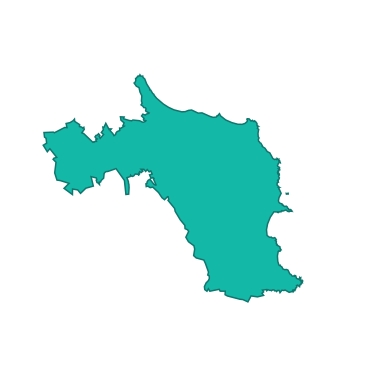 outline of Overberg, Western Cape, South Africa, rotated 229°
{"feature_id": "47623444B61406186088349", "entity_name": "Overberg", "entity_type": "district", "adm_level": 2, "iso_a3": "ZAF", "parent_name": "South Africa", "parent_adm1": "Western Cape", "projection": "orthographic", "projection_center": [19.752, -34.228], "detail": "fine", "context": "isolated", "style": "filled", "palette": "teal", "viewbox_px": 384, "rotation_deg": 229, "n_neighbors": 0, "source": "geoboundaries", "source_scale": "gbopen_adm2", "svg_char_len": 6060}
<svg xmlns="http://www.w3.org/2000/svg" viewBox="0 0 384 384"><g transform="rotate(229 192 192)"><path d="M72.4,162.1L74.8,168.4L69.9,172.6L67.0,178.2L69.7,178.4L69.6,180.5L71.7,180.8L69.4,184.3L68.4,183.7L68.4,185.3L66.8,186.1L65.8,187.3L65.4,187.2L65.1,188.9L64.0,189.7L63.2,189.5L62.5,190.5L61.4,190.5L61.5,192.1L60.5,193.2L58.3,192.4L58.9,195.4L57.3,196.8L57.0,197.9L52.6,199.5L51.2,202.1L51.6,203.4L50.3,202.9L50.6,204.4L50.1,205.0L50.4,205.5L51.1,205.3L50.7,206.3L51.5,207.4L51.3,208.3L51.9,209.2L52.8,209.5L52.5,210.6L50.0,211.1L51.1,212.4L50.7,213.5L51.2,213.8L51.2,214.9L52.3,215.3L52.2,216.0L51.6,216.1L52.2,216.5L52.2,217.2L53.4,217.2L52.9,216.0L54.4,215.6L55.2,216.5L55.9,216.5L55.5,217.2L55.9,217.7L56.0,217.2L56.8,217.3L56.1,216.1L56.3,215.1L58.3,214.2L60.7,215.3L61.3,215.0L60.9,214.6L61.2,214.0L61.8,214.1L62.3,212.8L63.1,212.4L64.7,212.6L66.1,212.1L70.0,213.2L71.4,212.6L72.7,210.9L74.3,210.1L76.4,210.7L78.4,210.2L78.9,210.5L79.2,209.8L79.9,209.7L83.3,211.2L87.7,214.5L90.5,218.0L90.6,218.7L89.6,219.5L89.6,220.2L90.3,220.8L90.0,221.3L91.9,221.6L92.8,222.4L96.5,221.2L96.7,221.9L97.9,221.8L99.4,223.3L100.7,223.1L100.7,224.3L102.6,224.6L103.5,224.3L103.7,223.4L104.9,222.3L105.9,222.3L106.9,220.8L109.9,220.1L114.7,223.5L118.4,228.2L121.6,234.5L123.3,240.8L121.3,242.9L119.9,243.5L119.8,244.5L120.1,244.4L118.6,246.3L119.1,247.0L119.0,247.7L118.2,247.9L118.2,247.5L116.8,251.1L114.6,251.5L113.4,252.4L113.3,253.3L112.1,254.5L112.8,254.4L112.9,254.8L112.4,254.9L112.4,255.0L114.0,255.0L115.3,253.4L116.3,253.9L117.2,253.6L118.4,254.1L119.4,253.9L120.5,252.2L123.2,252.1L123.1,251.7L124.1,252.1L126.2,250.8L127.5,250.9L128.8,251.6L130.7,254.0L132.5,258.4L135.3,259.2L135.8,259.5L135.7,259.9L136.0,259.5L137.4,259.6L137.8,260.4L138.5,260.2L138.2,260.9L138.7,260.6L138.5,260.9L141.5,260.8L143.0,262.3L142.7,263.7L144.2,264.0L144.0,264.5L144.7,264.8L144.5,265.6L145.3,267.2L146.8,267.4L147.3,268.3L148.5,268.6L147.7,269.2L148.3,269.7L149.9,269.7L150.1,269.1L150.6,269.3L151.0,270.1L150.7,270.6L151.4,270.6L151.6,271.3L151.2,272.5L152.2,272.5L151.6,272.9L151.7,273.2L152.5,273.2L153.1,274.2L155.0,273.5L155.8,273.8L157.0,276.1L157.0,277.3L156.1,277.8L156.6,278.1L157.6,277.8L157.5,278.2L158.2,278.7L158.8,278.6L158.5,278.4L158.8,278.2L159.9,278.4L159.5,278.6L159.8,279.0L160.0,278.5L161.6,278.2L160.9,277.2L162.2,276.4L162.5,275.5L164.2,275.0L170.5,276.4L173.2,275.3L177.1,275.8L180.3,274.9L180.6,275.4L183.7,276.0L184.6,275.5L185.5,275.8L186.5,275.5L188.2,276.6L188.8,278.0L190.5,278.4L193.0,280.3L195.5,283.4L197.2,283.1L197.6,284.1L198.7,284.5L198.3,285.1L199.5,284.7L201.1,286.0L203.6,286.2L204.7,285.8L204.4,285.3L205.0,284.6L206.4,284.7L206.8,283.1L209.7,283.1L211.0,281.8L211.0,281.2L209.6,280.7L209.0,279.7L209.0,276.9L210.2,274.2L213.1,271.0L218.2,267.6L224.3,264.7L230.7,263.5L233.1,264.1L232.9,262.3L232.6,262.0L233.1,260.6L232.7,260.3L232.7,259.4L234.5,256.9L237.2,255.2L245.1,251.5L247.5,248.4L254.1,245.5L255.9,242.9L257.1,239.6L259.2,236.9L265.8,232.3L271.4,229.8L277.1,228.1L285.9,226.8L289.8,226.9L290.7,227.3L292.3,227.0L296.1,227.7L296.8,227.1L297.6,227.8L303.3,228.7L308.3,230.5L310.6,230.2L311.8,230.9L312.9,229.4L314.6,229.6L314.1,228.5L314.9,227.4L314.6,227.0L314.9,226.8L314.4,224.4L314.7,223.9L313.0,222.7L312.0,220.6L312.2,219.8L308.3,219.4L305.6,220.5L301.5,218.3L297.5,217.2L293.8,213.5L291.8,212.7L291.2,210.7L289.0,211.2L287.3,211.0L286.3,212.0L285.5,212.1L284.8,211.7L283.9,210.4L283.0,210.2L279.8,211.5L279.7,210.9L280.7,208.8L280.8,207.2L283.0,206.0L282.5,203.8L279.1,204.1L278.8,203.1L278.0,202.6L276.1,204.0L275.8,203.3L276.7,200.7L280.2,199.2L285.1,194.6L285.3,193.2L287.1,191.6L292.3,188.3L293.1,190.0L295.7,187.3L292.8,185.5L288.7,186.1L287.4,183.4L286.2,184.1L286.8,180.0L287.7,179.3L285.8,177.8L286.7,175.3L286.6,173.8L285.5,171.9L285.7,170.1L288.3,170.6L291.7,170.4L292.2,170.7L292.5,172.5L293.9,171.0L293.8,170.5L300.4,172.0L298.6,168.0L299.5,167.3L297.1,165.8L296.4,162.6L293.4,163.0L292.7,157.9L294.9,158.4L294.8,159.4L295.1,159.6L297.3,159.7L297.1,157.9L297.7,156.7L297.3,155.0L296.0,154.7L294.2,155.3L294.5,153.7L292.9,153.1L293.9,151.8L293.8,150.7L294.5,150.5L294.5,149.8L307.3,148.6L308.6,147.7L309.0,147.7L309.9,151.7L311.8,152.8L311.9,151.5L313.4,151.3L315.2,150.0L316.6,151.4L322.2,149.8L324.1,151.1L323.8,149.0L324.4,145.5L326.3,141.9L322.6,139.9L324.2,138.3L327.0,127.0L328.1,126.7L334.0,119.3L330.2,116.7L328.3,117.1L324.2,114.3L324.9,110.4L317.3,109.2L317.9,113.1L306.9,112.6L308.1,110.0L307.8,108.6L303.7,108.9L296.5,100.9L289.6,97.9L287.0,100.1L279.2,104.9L278.7,97.8L268.5,100.1L272.6,103.8L268.6,107.1L264.1,107.0L264.5,114.4L261.2,121.4L269.8,125.9L265.4,129.0L263.8,128.3L263.8,127.5L261.5,126.5L260.6,127.0L258.4,127.1L260.3,128.5L259.5,129.5L260.3,131.2L260.4,134.4L263.7,137.9L263.9,139.4L263.9,140.3L262.7,142.0L259.5,150.0L245.1,148.6L233.5,140.5L231.9,142.8L236.5,147.3L239.7,149.8L239.4,149.2L241.5,150.8L245.5,152.3L244.2,155.5L245.0,156.7L243.7,156.7L242.8,157.3L242.4,158.6L242.8,161.0L240.6,163.0L239.7,162.7L239.2,162.6L239.8,162.9L240.1,164.4L241.1,164.3L241.7,165.8L240.0,166.5L240.0,168.7L242.5,168.5L240.7,170.6L237.9,170.5L238.3,172.9L235.3,172.9L234.9,174.7L231.7,173.7L232.8,171.2L229.3,170.1L228.6,172.0L227.3,172.2L227.3,171.5L221.2,169.6L220.9,169.2L222.4,168.3L229.2,168.6L229.6,166.6L229.0,164.6L228.0,163.6L228.4,162.6L226.1,161.0L225.4,162.5L222.7,163.3L221.4,165.6L213.5,166.4L207.4,165.6L204.2,166.2L204.5,170.5L204.1,170.9L201.7,169.6L201.4,168.4L191.0,168.1L188.4,166.6L178.7,164.9L171.5,164.7L168.9,162.7L166.3,163.9L164.4,163.5L161.9,157.7L156.8,156.7L150.2,158.2L147.2,156.6L142.9,151.5L139.5,151.9L132.9,156.3L129.1,155.2L120.7,151.9L119.0,149.4L117.4,149.9L116.0,148.9L115.2,148.1L114.4,146.2L114.1,142.9L112.4,139.2L109.9,137.6L107.3,138.2L108.2,140.9L105.4,140.4L100.7,148.7L98.7,148.2L95.3,152.0L92.8,149.6L90.3,150.5L79.5,157.9L77.5,159.8L72.4,162.1ZM128.5,261.9L128.4,262.3L127.5,263.0L127.9,263.2L129.1,262.2L128.5,261.9ZM128.4,263.2L128.0,263.6L127.3,263.5L128.0,263.8L128.4,263.2Z" fill="#14b8a6" stroke="#0f766e" stroke-width="1.5"/></g></svg>